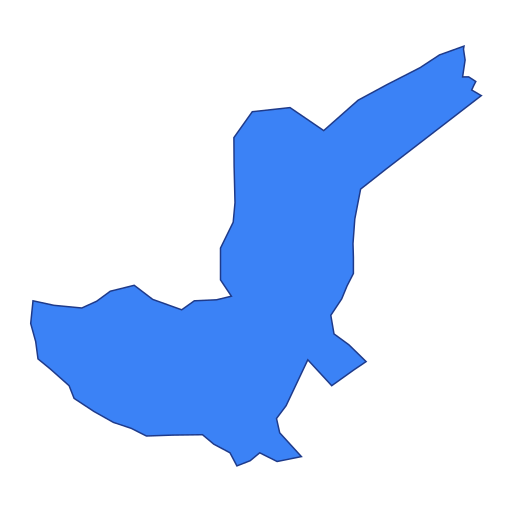 Agios Isidoros, Paphos, Cyprus
{"feature_id": "46923920B47952504764037", "entity_name": "Agios Isidoros", "entity_type": "district", "adm_level": 2, "iso_a3": "CYP", "parent_name": "Cyprus", "parent_adm1": "Paphos", "projection": "mercator", "projection_center": [32.473, 35.009], "detail": "fine", "context": "isolated", "style": "filled", "palette": "blue", "viewbox_px": 512, "rotation_deg": 0, "n_neighbors": 0, "source": "geoboundaries", "source_scale": "gbopen_adm2", "svg_char_len": 971}
<svg xmlns="http://www.w3.org/2000/svg" viewBox="0 0 512 512"><path d="M464.0,46.1L439.5,54.9L420.0,67.7L387.0,84.6L358.1,100.2L323.7,130.6L290.0,107.6L252.3,111.7L233.9,137.6L234.1,165.9L235.0,202.7L233.2,222.2L220.5,248.1L220.5,279.9L231.4,296.2L216.5,299.8L194.3,300.8L181.7,309.8L152.7,299.4L134.2,285.3L110.3,291.2L96.7,301.2L81.8,308.0L53.8,305.3L33.0,300.8L30.7,323.5L35.7,341.6L38.0,358.9L50.2,368.9L69.1,385.7L74.1,398.4L94.0,411.5L113.4,422.4L131.1,428.3L146.4,436.0L172.6,435.1L202.5,434.7L213.8,444.2L230.0,452.8L236.9,465.9L250.2,460.7L259.7,452.8L277.1,461.5L301.4,456.6L279.7,432.8L276.5,418.5L286.1,405.7L307.8,359.8L331.7,385.7L353.4,370.2L366.1,361.6L348.9,344.8L334.0,333.9L330.8,315.3L341.7,298.9L347.1,285.8L353.4,273.5L353.4,257.2L353.0,243.6L354.8,219.0L360.6,189.1L386.0,169.1L481.3,95.6L480.7,95.3L471.7,90.0L473.6,85.8L475.8,81.5L468.7,76.9L462.6,76.9L465.1,60.0L463.5,49.2L464.0,46.1Z" fill="#3b82f6" stroke="#1e3a8a" stroke-width="1.5"/></svg>